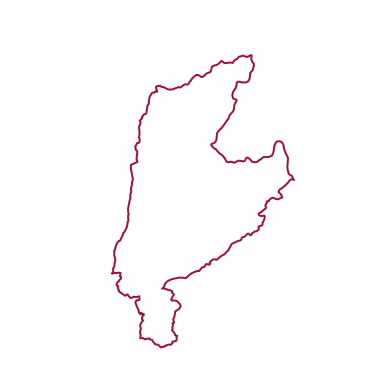 Sin Ho, Lai Chau, Vietnam (Natural Earth projection), rotated 230°
{"feature_id": "81297802B88663047044628", "entity_name": "Sin Ho", "entity_type": "district", "adm_level": 2, "iso_a3": "VNM", "parent_name": "Vietnam", "parent_adm1": "Lai Chau", "projection": "natural_earth1", "projection_center": [103.292, 22.251], "detail": "fine", "context": "isolated", "style": "outline", "palette": "rose", "viewbox_px": 384, "rotation_deg": 230, "n_neighbors": 0, "source": "geoboundaries", "source_scale": "gbopen_adm2", "svg_char_len": 6012}
<svg xmlns="http://www.w3.org/2000/svg" viewBox="0 0 384 384"><g transform="rotate(230 192 192)"><path d="M201.0,105.8L201.5,104.4L201.0,101.6L198.9,97.9L197.2,95.6L196.9,94.4L195.3,93.4L193.9,92.0L189.2,89.7L187.4,87.1L185.5,85.3L184.3,83.3L184.1,82.3L181.9,80.8L181.1,78.4L180.7,78.6L180.6,79.4L180.1,80.0L176.8,84.5L176.1,85.1L174.7,84.1L174.0,82.7L173.6,82.6L172.7,83.0L171.8,82.6L171.4,81.7L171.1,79.3L170.5,78.2L170.9,77.4L170.8,76.7L169.4,74.5L168.6,74.3L167.2,74.9L166.2,73.5L163.6,72.7L163.2,72.2L161.4,72.5L155.6,74.0L155.3,74.6L155.4,76.0L155.2,76.4L154.8,76.7L152.2,76.5L150.2,76.9L149.6,78.0L149.6,79.1L149.2,80.1L147.4,81.6L145.9,84.5L143.8,83.0L143.3,82.5L143.4,81.6L144.6,80.1L144.3,78.6L143.6,77.6L142.8,77.1L141.6,77.0L140.0,76.1L138.3,75.9L134.6,74.5L133.3,73.8L131.6,73.9L131.5,74.1L131.7,74.5L132.2,74.9L132.0,75.3L131.4,75.7L130.5,75.5L130.5,75.9L129.4,76.4L129.2,76.0L128.8,75.9L128.7,74.1L128.0,73.4L127.6,72.6L126.5,72.0L125.0,71.9L124.8,69.7L124.3,69.0L124.2,68.3L123.6,67.1L122.9,66.4L120.2,64.9L118.3,62.4L115.2,60.4L113.3,58.5L111.7,60.4L109.1,61.5L108.8,63.1L108.0,63.9L107.1,65.3L105.8,65.2L104.0,66.4L102.2,65.9L100.7,66.1L99.4,65.8L97.5,67.1L97.0,67.8L95.2,68.1L93.2,68.1L92.8,68.6L92.6,69.6L91.8,70.1L91.6,70.5L91.5,72.6L91.0,72.8L91.0,74.1L90.0,76.2L89.6,76.7L88.9,77.1L88.6,77.5L88.6,78.3L88.9,79.8L89.8,80.7L88.3,84.0L88.4,85.0L90.8,87.0L91.4,88.0L93.0,87.1L94.7,87.8L99.0,87.9L99.9,89.5L101.1,90.1L102.1,91.9L103.7,92.6L103.9,93.1L103.5,94.0L103.7,94.4L106.7,95.9L107.8,98.4L110.2,101.3L111.2,102.2L111.2,103.5L110.7,106.7L111.6,109.7L112.1,110.1L113.4,110.6L117.6,110.5L119.4,109.5L122.0,106.8L122.5,106.7L123.1,107.1L123.6,108.0L125.2,112.3L128.0,112.2L128.6,112.9L129.0,113.0L131.5,111.5L132.7,110.5L133.4,110.3L134.4,109.5L135.9,108.8L137.1,107.4L137.7,110.5L138.5,111.2L139.0,112.5L139.4,115.2L139.3,116.8L138.5,119.5L137.5,122.0L135.4,125.6L134.7,127.2L131.9,130.2L130.5,131.3L130.1,131.7L129.9,133.7L130.2,134.6L130.0,139.4L129.0,142.9L128.2,144.9L126.9,146.8L127.6,150.2L127.7,151.2L127.5,152.0L126.8,153.0L126.8,153.5L127.0,154.7L127.7,155.9L127.7,156.3L127.5,156.8L125.3,158.4L125.1,159.2L125.3,159.9L126.3,159.9L126.7,160.3L127.0,162.0L127.0,163.2L126.8,164.7L126.0,166.0L124.1,167.4L124.3,171.7L124.0,174.6L123.5,176.6L123.6,178.2L124.0,180.0L123.9,181.7L125.8,187.0L126.5,188.5L126.6,189.3L126.2,190.9L125.5,193.3L125.0,195.8L123.8,197.8L123.9,199.3L124.9,200.6L124.9,201.3L124.0,203.5L124.0,204.4L124.3,207.4L124.1,208.1L123.3,208.8L121.4,208.9L121.0,210.0L121.7,211.6L121.4,213.0L121.6,214.1L121.3,214.8L120.7,215.6L120.3,216.8L120.4,218.8L120.9,219.8L122.6,220.6L122.6,221.4L121.7,223.3L121.5,224.5L122.0,225.4L123.1,226.2L124.4,229.6L126.5,232.1L127.5,232.0L129.3,229.3L130.6,228.7L131.4,228.6L132.4,229.0L132.6,229.6L132.2,232.3L132.1,238.0L132.4,238.6L134.3,239.4L135.0,240.3L135.4,241.8L136.0,242.7L136.7,243.2L136.6,243.6L135.7,244.7L135.9,245.7L136.3,246.6L136.4,247.7L136.0,249.2L136.0,249.9L132.1,252.3L131.1,253.3L130.5,255.6L129.8,257.4L131.5,258.3L132.7,258.4L133.3,258.7L134.6,258.4L136.2,258.3L136.8,258.9L137.3,259.9L137.5,261.0L137.1,264.5L137.1,267.5L137.5,271.9L138.0,273.9L138.0,275.8L137.8,276.3L136.1,277.8L140.1,278.8L143.2,277.8L144.3,277.9L145.7,278.8L146.9,279.2L149.6,280.9L156.0,287.1L157.1,287.7L161.7,288.7L166.4,290.5L167.2,290.9L167.9,291.6L170.0,292.5L172.4,292.8L174.2,292.1L175.8,290.1L176.0,289.3L175.9,287.7L174.2,284.4L170.9,280.9L169.4,278.9L168.5,276.4L169.6,273.0L171.9,270.6L172.8,269.2L172.9,265.6L173.2,263.8L173.2,261.8L173.6,260.4L174.4,259.2L176.5,257.5L180.3,257.4L182.1,257.0L182.8,256.6L183.1,256.0L183.1,255.3L182.1,252.9L182.2,251.2L182.4,250.9L184.1,249.7L185.8,248.1L186.5,246.7L187.0,243.7L187.7,242.8L189.3,242.0L190.4,241.0L191.7,238.6L192.7,238.1L193.4,238.0L197.0,238.8L200.4,238.8L204.8,237.8L209.2,237.8L211.4,237.0L215.2,236.7L216.0,237.3L216.2,237.7L215.3,240.5L215.4,242.1L215.9,243.5L216.9,244.9L220.8,248.8L221.3,250.1L221.9,253.1L222.0,256.0L225.0,267.7L226.4,269.7L226.7,270.6L227.3,274.7L227.9,276.6L231.6,280.6L233.2,284.7L233.5,285.1L234.4,285.3L236.4,283.8L237.2,283.7L239.4,284.6L240.9,285.8L242.2,287.8L243.6,292.2L244.3,293.6L247.0,296.8L247.0,297.8L246.6,298.7L243.6,301.0L242.2,302.4L241.5,303.5L240.9,305.0L240.8,306.8L242.0,309.2L243.1,310.5L245.8,313.1L246.1,315.6L246.6,317.2L248.7,320.2L250.1,321.5L250.8,321.8L254.0,322.1L254.8,322.4L256.4,323.4L257.9,325.2L258.5,325.5L259.2,324.6L259.4,323.0L260.2,320.8L263.8,318.6L264.3,317.6L264.6,316.2L265.5,314.9L264.9,312.2L265.1,311.4L265.6,310.5L265.5,308.6L264.7,306.3L266.8,304.3L268.8,301.1L269.7,300.0L270.4,299.6L272.7,299.2L273.5,298.7L273.2,297.1L273.3,293.5L273.5,292.5L274.9,289.6L275.2,288.3L274.5,286.9L272.3,283.9L272.1,283.0L273.1,280.4L273.6,278.1L273.2,276.8L273.4,274.0L274.2,273.0L276.9,272.3L277.8,271.8L278.9,270.4L279.0,265.9L278.6,264.1L277.9,262.3L277.9,260.7L277.0,258.7L277.0,258.3L277.2,257.7L278.7,256.1L279.1,255.3L279.4,253.8L279.4,250.9L280.0,249.8L281.1,249.1L281.5,247.5L282.4,245.5L282.8,243.7L283.9,241.9L285.7,239.9L286.6,239.2L290.2,237.8L291.0,237.3L292.2,236.2L294.1,235.8L294.7,234.3L295.6,233.3L295.7,232.4L294.8,231.1L292.1,230.3L291.3,229.8L291.4,229.4L292.6,228.4L292.4,226.9L293.2,226.1L293.6,225.1L293.5,224.4L293.0,223.5L292.6,221.7L291.3,219.6L290.1,218.0L287.3,215.6L287.0,213.6L282.4,208.5L281.7,207.4L281.6,206.5L282.3,205.2L282.2,204.1L281.9,203.2L281.8,202.1L280.6,201.2L280.2,197.8L279.0,197.6L278.2,197.2L277.0,195.6L276.2,193.5L269.9,188.9L268.1,186.6L265.9,185.7L263.9,183.7L263.8,183.2L264.7,181.2L263.7,179.1L263.4,177.8L261.7,176.9L260.8,176.0L259.2,176.3L258.0,176.0L252.9,170.7L250.2,169.6L250.6,167.7L251.9,163.2L251.9,162.6L249.5,160.4L239.6,154.8L238.0,152.3L236.1,150.5L234.6,148.4L233.1,146.9L231.3,145.6L229.8,143.2L228.6,142.4L227.8,141.4L226.9,140.9L225.9,139.2L220.2,132.1L217.4,130.1L215.8,129.4L214.8,127.7L210.9,124.8L210.4,123.3L209.0,122.1L206.9,119.2L204.9,115.0L204.7,112.8L203.8,111.8L201.0,105.8Z" fill="none" stroke="#9f1239" stroke-width="2"/></g></svg>